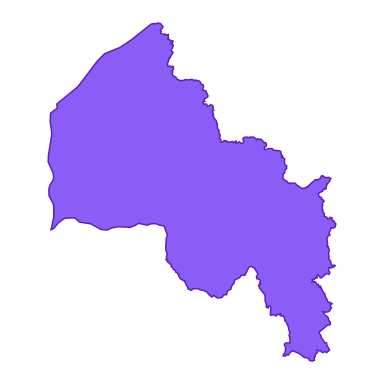 the district of Dakcheung, Xékong, Laos
{"feature_id": "54806243B33031915083472", "entity_name": "Dakcheung", "entity_type": "district", "adm_level": 2, "iso_a3": "LAO", "parent_name": "Laos", "parent_adm1": "Xékong", "projection": "mercator", "projection_center": [107.512, 15.387], "detail": "fine", "context": "isolated", "style": "filled", "palette": "violet", "viewbox_px": 384, "rotation_deg": 0, "n_neighbors": 0, "source": "geoboundaries", "source_scale": "gbopen_adm2", "svg_char_len": 6031}
<svg xmlns="http://www.w3.org/2000/svg" viewBox="0 0 384 384"><path d="M283.3,356.0L285.7,355.8L287.3,354.6L288.5,355.0L290.4,352.2L292.9,350.8L300.0,353.9L304.3,357.6L306.8,357.5L309.2,359.1L309.3,360.1L310.4,360.8L312.6,361.0L314.5,360.3L314.2,357.5L315.2,356.7L315.1,355.4L315.7,354.4L317.5,352.4L316.6,351.0L317.2,350.0L318.1,350.0L318.9,351.0L320.6,351.0L322.5,352.6L325.1,351.6L326.5,352.7L329.6,350.1L326.9,345.1L326.6,342.9L324.8,342.7L321.2,337.4L321.0,335.8L318.8,332.4L327.8,324.9L329.4,325.1L330.2,324.6L330.3,322.3L328.5,320.0L328.5,318.2L327.2,316.5L324.8,314.9L323.3,311.5L325.4,312.2L328.2,311.8L329.8,310.7L331.5,307.6L330.4,306.6L330.6,305.1L332.0,303.7L330.3,302.5L328.8,302.5L327.5,301.3L327.0,299.3L325.2,296.4L324.8,293.7L323.4,292.4L320.4,286.4L319.8,287.3L319.1,287.0L318.7,286.5L319.0,285.5L318.3,285.2L318.3,284.4L317.1,284.4L316.1,282.8L314.5,281.5L313.9,282.0L312.8,281.6L312.1,281.9L312.8,280.3L312.2,279.7L313.5,279.1L314.4,279.3L315.9,277.6L316.8,278.1L317.3,277.7L316.6,275.8L317.5,274.7L318.3,274.9L319.7,277.2L321.0,278.0L324.4,275.4L325.1,274.3L327.8,273.7L328.9,274.4L329.8,273.2L329.7,272.0L328.4,270.2L329.2,267.4L330.4,268.0L333.7,267.0L335.1,265.5L334.0,265.1L331.8,265.5L331.3,265.0L330.7,261.2L328.6,258.5L329.1,257.0L328.6,253.8L329.3,249.6L328.3,247.9L328.3,246.5L327.0,246.5L327.6,243.4L326.9,238.5L328.4,235.6L329.9,235.2L329.0,232.4L330.6,229.8L330.9,227.8L333.5,228.1L335.2,226.9L335.8,223.9L335.1,223.8L334.8,222.4L334.1,222.1L334.2,221.3L333.3,221.2L333.0,220.4L332.0,220.0L332.0,217.7L330.1,217.4L329.5,218.8L328.2,218.4L327.5,218.7L326.8,217.2L324.5,216.5L324.1,215.2L324.3,213.6L322.7,211.3L322.8,209.5L322.2,209.1L322.1,207.4L322.2,206.0L322.9,205.5L322.3,204.6L322.5,203.2L324.1,201.2L322.8,199.7L321.6,199.3L321.7,198.0L321.0,197.2L320.3,197.4L319.0,196.3L318.2,193.8L320.1,192.3L322.7,191.2L322.8,190.1L323.9,188.9L324.5,189.4L325.0,188.6L326.1,188.8L326.2,186.3L326.9,185.2L326.6,184.3L327.7,183.7L328.5,182.0L329.5,181.5L330.8,178.6L329.4,177.5L324.7,177.6L323.8,176.2L321.6,175.7L319.9,178.8L317.7,179.8L315.3,179.7L308.6,185.6L308.0,186.9L306.8,186.7L306.0,187.5L303.6,188.4L301.8,188.3L297.6,185.7L295.7,184.0L295.5,183.3L291.9,183.1L291.0,183.7L289.8,182.9L288.4,183.4L287.0,181.3L284.8,180.1L282.9,178.2L283.2,174.0L284.8,172.8L285.0,170.3L286.8,168.2L286.4,167.0L286.8,165.9L285.9,165.5L284.5,163.8L284.7,158.9L283.8,158.4L282.9,157.2L281.6,157.3L282.5,155.6L281.4,154.9L280.7,151.4L278.6,150.7L273.5,150.2L272.4,148.8L271.1,148.5L269.1,148.5L265.9,149.5L264.5,149.2L264.3,147.4L266.2,146.3L266.5,144.9L266.0,143.0L265.5,142.6L264.4,142.8L262.2,140.5L261.2,140.2L261.0,139.2L259.7,139.4L257.6,138.7L256.8,139.6L253.5,137.0L250.8,137.3L250.2,136.9L249.6,137.8L246.4,137.0L244.1,137.5L242.8,138.8L243.5,140.0L243.5,142.5L242.5,143.4L241.1,143.3L239.2,141.8L237.7,143.0L236.2,143.2L236.3,141.7L235.9,141.0L233.6,142.7L232.7,141.5L228.6,142.3L227.3,141.9L226.9,141.1L225.9,141.5L225.6,140.6L224.0,140.7L222.7,142.1L220.8,141.8L220.8,139.5L219.3,138.1L220.1,136.5L220.0,134.2L218.7,132.7L219.1,130.4L217.4,128.5L217.4,123.8L216.8,123.5L216.4,120.9L214.2,118.4L213.8,117.1L212.9,116.2L213.6,115.1L212.7,114.5L213.1,114.2L213.0,112.8L212.2,111.4L213.7,110.3L212.9,107.2L213.0,105.8L210.7,104.6L209.6,105.7L207.4,106.2L206.6,104.1L205.5,103.9L204.1,104.5L202.9,102.8L203.1,102.1L204.8,101.4L203.9,100.9L204.4,99.0L207.7,97.1L207.9,95.5L205.8,90.9L202.5,89.9L203.6,86.7L203.3,84.9L201.3,84.2L200.1,81.8L199.3,81.1L195.9,80.1L194.6,80.7L194.5,80.2L193.1,80.1L192.1,79.3L188.2,79.9L185.2,79.5L183.9,80.4L180.0,80.6L177.1,79.2L175.9,77.3L172.7,75.4L172.3,72.8L172.9,72.0L172.0,70.8L173.6,68.8L173.4,66.8L172.5,66.3L171.6,67.0L170.1,66.0L168.8,66.4L167.6,65.9L167.7,64.2L167.3,64.0L169.2,58.9L168.7,58.3L170.4,57.5L170.7,56.0L172.8,53.1L173.0,52.1L171.7,51.2L171.3,50.0L173.3,45.9L172.9,44.5L170.9,43.7L172.9,42.3L173.1,41.1L171.8,40.7L171.1,41.5L170.6,41.4L169.9,39.9L167.9,39.1L168.4,38.6L168.3,34.6L166.9,35.1L164.6,33.9L163.4,34.4L162.1,34.1L160.5,32.4L161.2,31.4L160.6,30.6L160.7,29.4L162.5,28.0L162.9,26.3L160.9,24.5L160.7,23.6L157.8,23.0L154.6,24.0L153.7,23.5L151.0,24.2L131.8,39.5L120.1,47.4L104.7,53.7L97.6,60.8L77.8,86.8L56.8,104.1L57.3,108.2L50.6,113.1L50.2,121.6L51.9,133.6L48.4,155.7L48.2,161.9L53.1,173.1L53.7,177.1L53.0,180.4L50.1,184.7L48.9,188.8L49.0,195.6L53.2,203.7L53.8,206.3L53.7,217.3L51.1,229.7L53.8,228.4L58.3,222.8L64.6,218.3L70.9,217.9L75.1,218.0L79.4,222.1L90.8,223.8L101.0,229.5L107.2,230.0L112.2,227.8L118.5,226.7L130.3,227.3L135.0,225.5L138.4,223.3L147.1,225.2L151.4,223.7L156.1,223.7L158.8,224.9L164.1,226.1L167.4,235.1L166.2,238.7L165.7,249.7L167.3,254.4L166.4,256.2L166.8,258.1L166.0,259.1L166.4,260.2L167.7,260.1L167.5,262.1L169.1,262.3L169.3,263.6L170.9,264.2L171.4,265.0L171.1,266.6L172.4,267.4L173.5,269.5L175.2,270.3L175.8,272.3L177.6,272.9L177.8,274.1L179.0,274.7L178.7,276.0L180.4,279.0L181.9,279.2L183.0,280.5L184.9,280.9L184.8,281.9L185.9,283.7L186.0,284.8L187.6,286.7L188.1,289.1L189.5,289.2L190.8,290.3L192.0,289.9L192.9,288.8L197.4,288.6L200.8,290.0L202.9,290.3L207.4,292.2L208.4,294.1L211.8,297.0L213.9,295.5L217.3,297.9L219.4,298.0L222.0,297.4L224.0,294.8L226.5,294.8L227.4,291.1L230.9,289.0L231.7,286.0L234.0,283.2L234.7,280.1L239.5,277.7L241.2,275.4L242.4,275.0L243.6,275.5L245.1,275.0L248.9,267.1L250.9,266.4L252.0,266.6L252.9,267.5L254.1,267.7L257.7,273.4L257.6,274.6L256.4,276.4L256.9,278.8L259.4,279.2L260.2,280.4L260.4,281.5L259.8,282.4L260.8,283.7L259.3,284.1L258.6,285.8L259.8,288.4L264.8,294.7L265.3,298.4L264.9,300.1L266.3,304.1L266.2,306.8L266.5,307.4L268.2,307.9L268.4,306.2L269.4,305.5L270.9,307.7L270.3,314.8L271.0,315.3L273.7,314.6L275.8,316.0L276.5,315.8L277.2,314.3L279.0,314.2L279.6,314.9L280.6,313.8L281.2,316.1L283.1,315.9L284.5,317.8L285.0,321.0L285.7,321.2L288.3,326.7L289.0,330.4L289.9,332.4L289.0,335.8L289.9,337.2L289.6,337.8L290.1,339.3L289.9,343.0L286.1,343.0L284.9,343.4L284.4,345.1L285.5,346.9L285.4,350.6L284.7,353.3L283.4,354.6L283.3,356.0Z" fill="#8b5cf6" stroke="#5b21b6" stroke-width="1.5"/></svg>